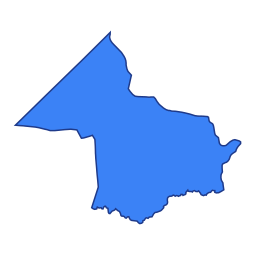 Pio IX, Piauí, Brazil (Natural Earth projection)
{"feature_id": "56859067B46069021860817", "entity_name": "Pio IX", "entity_type": "district", "adm_level": 2, "iso_a3": "BRA", "parent_name": "Brazil", "parent_adm1": "Piauí", "projection": "natural_earth1", "projection_center": [-40.649, -6.764], "detail": "fine", "context": "isolated", "style": "filled", "palette": "blue", "viewbox_px": 256, "rotation_deg": 0, "n_neighbors": 0, "source": "geoboundaries", "source_scale": "gbopen_adm2", "svg_char_len": 2958}
<svg xmlns="http://www.w3.org/2000/svg" viewBox="0 0 256 256"><path d="M91.7,207.7L93.2,208.8L94.6,209.3L95.8,209.1L96.7,208.9L97.3,207.1L99.1,208.0L101.1,207.7L101.9,208.8L103.0,208.9L103.6,207.2L104.7,206.3L105.6,206.3L106.4,207.8L107.9,208.3L108.4,212.4L109.0,213.4L109.9,213.6L112.2,211.0L113.7,210.5L114.8,209.9L115.6,208.7L117.6,210.5L119.5,211.5L120.5,213.6L121.0,215.6L122.0,216.2L123.1,216.1L124.3,216.6L125.3,217.9L126.3,218.1L127.4,216.9L128.8,216.7L129.3,218.0L130.3,219.7L131.6,220.4L137.1,221.1L138.5,222.8L139.8,223.6L141.6,223.2L142.7,222.4L143.0,220.6L144.3,220.2L145.5,218.3L146.3,217.8L148.1,218.3L149.2,217.1L151.0,216.9L152.0,216.8L153.7,213.8L155.0,212.5L156.9,212.2L160.4,210.9L161.3,210.3L162.4,209.2L163.7,207.7L163.5,206.4L164.5,205.5L166.4,204.7L167.3,203.6L167.6,202.1L167.3,200.1L167.5,198.2L168.0,197.3L169.4,196.3L171.8,196.1L173.2,195.1L174.2,195.4L175.2,196.2L176.5,195.5L177.4,195.7L178.6,196.3L179.3,195.8L180.6,195.5L180.9,194.4L182.4,194.4L183.0,195.4L184.0,194.9L184.9,194.7L185.9,193.8L185.8,192.5L186.6,191.5L187.8,190.1L188.2,191.2L189.6,191.5L191.4,191.5L192.4,192.0L193.1,191.0L194.5,190.6L195.8,191.5L197.5,191.6L198.6,190.9L200.4,193.2L201.1,194.6L202.3,195.2L203.6,195.6L205.0,194.9L206.2,195.2L206.8,194.0L208.5,192.7L209.6,192.4L210.6,192.3L211.7,190.8L212.4,190.3L213.6,190.6L214.8,190.6L214.8,192.3L216.3,192.9L218.7,192.7L221.0,191.5L223.8,189.8L223.1,185.0L222.9,182.9L221.9,181.2L221.3,180.0L220.9,177.6L221.0,175.4L221.2,174.3L222.4,171.9L222.1,168.1L222.1,165.3L222.6,164.0L225.1,162.7L226.6,162.2L228.1,160.9L229.2,159.3L230.2,156.4L230.8,155.2L232.4,153.6L235.7,151.4L236.5,149.0L237.2,147.8L238.1,146.4L240.6,143.7L240.6,141.9L239.4,141.0L237.1,140.3L234.9,139.7L233.0,140.1L230.2,141.7L226.2,145.3L224.9,145.7L222.9,145.8L221.4,145.4L220.4,144.7L219.4,143.2L218.4,137.6L216.4,136.0L215.3,135.0L214.7,133.2L213.8,127.5L213.4,125.6L212.9,124.3L212.3,123.6L210.1,122.3L209.1,120.9L208.5,117.3L207.6,116.6L202.7,116.2L198.0,116.1L195.0,115.7L189.9,114.1L184.9,112.9L181.6,112.2L180.2,112.0L175.7,111.3L171.7,111.1L169.8,110.5L168.6,110.5L166.2,109.7L164.2,108.5L163.3,107.9L159.2,104.4L157.0,101.5L155.3,98.6L153.7,97.0L151.0,97.0L149.1,97.2L146.0,96.9L138.1,96.6L135.1,96.2L132.7,94.5L130.1,91.5L128.3,88.8L131.1,76.4L131.4,75.2L128.3,71.8L127.7,70.9L126.9,68.8L126.1,65.0L126.1,63.1L125.8,60.7L125.1,58.5L124.0,56.3L121.4,52.4L114.1,44.9L112.2,42.9L111.2,41.5L110.6,40.5L110.1,39.4L109.6,37.3L109.7,36.2L110.1,34.6L110.2,32.4L80.6,61.7L75.2,66.9L46.3,95.0L15.4,125.2L19.9,125.6L23.3,125.8L24.9,126.0L28.9,126.4L35.7,127.1L36.6,127.3L38.4,127.6L39.3,127.8L44.9,129.2L46.9,129.6L50.2,130.6L54.7,130.6L64.7,129.6L69.3,129.3L70.7,129.2L76.9,129.9L80.9,137.3L81.4,138.2L83.3,138.0L84.2,137.8L89.4,136.3L92.4,135.3L94.9,139.4L95.3,145.9L95.4,148.9L95.5,153.5L95.6,154.6L95.8,158.3L96.6,167.7L97.1,174.1L97.8,181.1L98.3,187.1L95.0,197.4L91.7,207.7Z" fill="#3b82f6" stroke="#1e3a8a" stroke-width="1.5"/></svg>